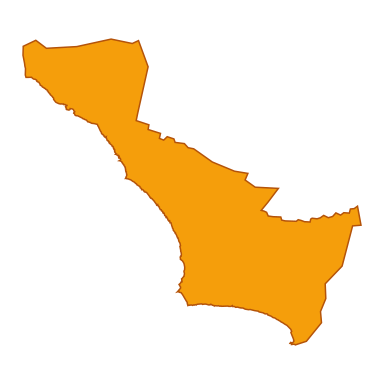 Carmelo, Colonia, Uruguay (orthographic projection)
{"feature_id": "84410073B48030888344446", "entity_name": "Carmelo", "entity_type": "district", "adm_level": 2, "iso_a3": "URY", "parent_name": "Uruguay", "parent_adm1": "Colonia", "projection": "orthographic", "projection_center": [-58.246, -34.041], "detail": "fine", "context": "isolated", "style": "filled", "palette": "amber", "viewbox_px": 384, "rotation_deg": 0, "n_neighbors": 0, "source": "geoboundaries", "source_scale": "gbopen_adm2", "svg_char_len": 5944}
<svg xmlns="http://www.w3.org/2000/svg" viewBox="0 0 384 384"><path d="M23.2,46.3L23.2,48.0L23.0,55.3L24.5,63.0L24.9,66.1L25.5,68.6L25.3,75.0L26.0,77.4L31.6,77.3L32.2,78.0L33.5,79.0L35.5,79.4L35.9,79.8L36.5,80.0L36.9,80.7L36.7,81.0L36.9,81.3L37.5,81.8L38.6,82.1L39.2,82.7L39.5,83.5L40.1,84.2L40.1,85.0L42.0,86.2L42.4,87.0L43.4,87.4L44.3,88.2L44.5,88.1L45.0,88.5L45.3,88.6L45.5,89.0L45.8,89.1L45.9,89.4L47.4,90.2L47.4,90.9L48.1,91.3L48.4,92.3L50.0,93.9L50.0,94.2L50.3,94.4L50.3,94.7L52.5,96.7L52.6,97.2L53.5,98.0L53.7,98.9L53.6,99.4L55.6,102.0L56.1,102.4L58.7,103.6L59.9,103.9L60.6,104.0L61.1,103.8L62.2,104.1L63.1,103.9L63.6,104.0L63.8,104.6L64.0,104.7L65.1,104.5L66.1,105.2L67.0,105.4L66.9,105.7L66.3,105.9L65.5,106.5L65.6,107.0L66.1,107.6L66.0,107.9L66.3,108.3L66.3,109.2L66.8,109.3L67.1,109.8L67.7,109.7L68.9,110.1L69.9,109.6L70.1,108.7L70.3,108.8L70.4,108.6L72.2,108.9L73.0,109.3L73.6,110.0L73.9,111.0L74.7,111.5L74.7,111.9L74.5,112.0L74.2,112.7L73.8,112.8L73.7,113.2L74.4,113.6L75.1,115.2L75.6,115.5L76.1,115.7L77.7,115.8L82.3,118.1L83.1,118.8L84.0,118.9L84.3,119.3L86.6,120.2L87.7,121.8L88.5,121.8L89.3,122.3L90.3,122.4L91.0,123.0L91.8,123.3L94.2,123.6L97.4,124.4L97.8,125.7L98.4,126.6L100.3,130.8L101.3,132.3L101.5,133.4L102.5,134.5L102.8,134.4L103.9,135.6L104.1,136.4L104.7,136.4L104.9,137.1L105.4,137.1L105.5,137.4L105.8,137.6L106.1,137.3L106.0,137.8L106.3,137.9L107.0,139.7L107.0,140.1L107.5,140.7L108.2,140.7L108.6,141.6L109.0,141.7L108.9,142.2L109.3,143.1L109.7,143.1L109.6,143.4L112.0,145.4L112.1,146.2L112.4,146.5L113.0,146.5L113.1,146.9L113.4,147.1L113.5,148.4L113.8,148.6L113.8,149.1L114.3,149.5L114.5,149.4L114.7,149.7L114.5,150.3L114.7,150.5L114.6,151.3L114.8,151.5L114.8,152.0L115.1,152.2L115.1,152.6L115.6,153.1L115.8,153.6L116.3,153.9L115.7,154.3L116.6,154.5L117.0,155.1L117.8,155.4L118.4,156.1L118.8,156.2L118.9,155.9L119.3,156.5L119.0,157.0L118.6,157.1L118.8,157.9L119.0,158.2L119.6,157.8L120.3,158.5L120.7,159.4L120.2,160.2L119.3,160.7L120.0,160.8L121.3,161.4L122.1,162.3L122.0,162.6L122.3,163.0L122.7,163.3L123.2,164.3L123.9,164.9L124.0,165.5L125.2,167.1L125.3,167.3L125.1,167.7L125.3,167.9L125.4,168.6L125.7,169.2L125.5,169.5L125.8,171.3L126.2,171.7L126.0,171.9L126.5,173.1L126.6,174.4L126.9,174.8L126.6,175.9L126.2,176.5L126.1,177.1L125.5,178.4L126.4,178.3L126.5,178.6L127.0,178.8L128.4,178.9L129.2,179.4L130.5,179.7L132.9,181.4L134.3,182.1L135.8,183.6L136.1,183.6L136.6,184.0L137.0,184.9L137.8,185.2L138.2,185.6L139.9,186.5L140.2,187.8L141.4,188.5L141.6,189.7L142.5,189.6L143.2,190.0L144.1,191.4L144.6,191.4L144.6,191.9L146.5,192.4L148.7,195.2L149.8,196.8L149.9,197.2L150.3,197.4L150.4,197.7L150.9,197.9L150.9,198.3L152.3,198.9L152.7,199.6L153.6,200.4L156.2,204.0L156.7,204.2L156.5,204.6L156.7,205.2L157.1,205.4L157.6,205.0L157.6,205.5L158.1,205.5L158.8,206.7L159.3,207.0L159.3,207.6L160.3,209.6L161.3,209.8L161.5,210.9L162.7,211.4L162.9,212.8L163.6,212.9L163.6,213.3L164.2,213.4L164.7,215.5L165.9,216.2L165.9,216.6L166.4,216.7L166.1,217.6L167.4,218.1L167.9,219.8L168.0,219.8L168.7,220.9L169.4,220.7L169.4,221.2L169.8,221.2L170.0,222.8L171.0,222.8L171.8,225.9L172.3,226.9L172.4,227.9L172.9,228.5L173.2,229.3L173.2,230.1L175.1,232.5L175.3,232.6L175.1,232.9L175.2,233.3L176.2,234.4L177.6,238.0L178.1,238.0L178.9,241.3L180.0,243.2L180.5,245.8L179.9,246.3L180.7,250.3L180.7,251.4L181.1,252.3L181.4,254.2L181.2,256.1L180.6,256.1L180.4,256.5L180.2,257.4L180.4,258.0L180.4,259.3L182.5,260.9L183.1,261.9L184.0,263.5L184.7,267.1L184.6,269.7L184.0,271.0L184.0,271.9L184.4,273.1L184.4,274.2L184.1,275.3L184.1,276.2L183.7,276.4L183.5,276.8L182.6,277.8L181.9,278.8L181.6,278.9L182.0,281.6L181.5,281.6L181.5,282.1L181.0,282.2L180.4,283.2L179.5,284.1L179.5,284.4L179.1,284.5L179.5,285.3L179.6,285.6L180.5,286.8L180.6,287.5L180.4,287.9L180.5,288.3L178.9,290.0L178.9,290.5L178.4,290.7L177.4,291.8L178.1,291.6L179.4,292.1L179.4,292.3L180.1,292.4L181.2,292.7L181.5,293.3L181.9,293.7L182.8,295.0L186.6,301.5L187.2,302.3L187.3,303.5L187.9,305.6L189.0,305.1L189.7,305.3L190.1,305.1L191.6,305.0L192.7,305.4L193.5,304.9L194.0,304.9L194.2,305.1L195.6,304.7L196.2,305.0L197.1,304.3L201.2,303.9L201.9,303.9L202.4,304.4L204.4,304.1L205.9,304.1L208.6,304.9L209.5,304.9L210.3,304.4L210.6,304.3L210.7,304.7L211.2,304.7L211.3,304.5L212.1,304.9L212.4,305.2L214.1,305.6L214.3,306.0L214.7,305.7L217.5,305.9L218.5,305.7L219.2,306.1L220.5,306.2L220.9,306.0L221.7,306.3L227.0,306.1L228.2,306.1L228.7,306.4L231.0,306.4L232.3,305.6L232.6,306.5L234.3,306.5L235.7,307.3L237.5,307.1L239.5,307.7L240.8,307.8L240.9,308.0L243.0,308.0L243.4,308.4L244.1,308.5L245.0,309.1L248.5,309.7L250.2,309.5L254.5,310.6L258.3,311.2L259.0,311.9L263.4,312.9L264.2,313.5L265.3,313.9L266.9,313.8L267.3,314.0L268.0,315.1L268.6,315.1L269.3,315.6L270.1,315.7L271.3,316.3L273.1,317.6L274.7,317.9L277.2,319.6L278.1,319.8L278.4,320.2L280.4,321.3L281.0,321.9L282.5,322.6L285.2,324.4L286.9,325.3L290.6,329.1L291.1,329.9L291.2,330.5L291.7,331.3L290.9,332.4L291.1,333.1L293.3,338.6L293.6,339.5L293.6,340.3L293.9,340.7L293.8,341.5L292.9,342.4L291.9,342.9L290.8,342.4L290.5,343.0L290.1,343.1L290.0,343.3L291.1,343.3L291.6,344.0L291.5,344.5L292.1,344.5L292.9,344.2L294.8,344.4L295.3,344.9L306.4,341.3L321.5,322.7L320.5,311.5L325.8,298.6L325.2,283.8L342.1,266.1L352.6,225.9L361.0,225.2L357.5,206.2L354.2,208.6L350.4,209.0L349.3,213.1L343.8,212.7L340.6,215.1L335.9,212.9L332.6,216.5L328.3,217.7L323.7,215.4L320.3,217.8L317.1,218.8L312.1,218.2L310.7,219.1L310.1,222.0L304.5,221.7L301.0,220.4L298.2,219.7L296.3,221.3L285.2,220.9L281.7,220.1L280.8,217.0L273.1,216.7L268.2,216.0L266.6,212.3L263.8,211.0L261.2,210.4L267.8,202.4L278.4,188.4L255.2,187.2L245.1,180.0L247.9,173.4L234.5,171.2L212.3,162.0L193.7,148.8L188.1,147.7L184.4,143.6L175.1,142.4L173.9,138.9L167.2,136.7L163.7,140.1L159.4,138.4L160.5,133.4L148.1,129.5L148.9,124.8L136.2,120.6L137.6,113.7L148.1,66.8L138.5,40.6L132.3,43.5L111.1,39.1L76.8,46.6L46.4,48.3L35.8,40.3L23.2,46.3Z" fill="#f59e0b" stroke="#b45309" stroke-width="1.5"/></svg>